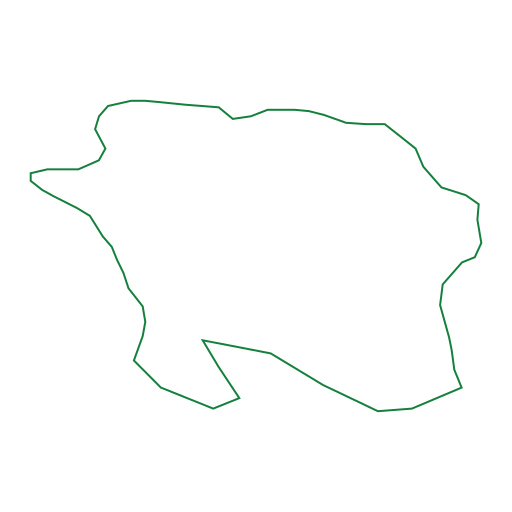 outline of Agios Ermolaos, Cyprus
{"feature_id": "46923920B200198305742", "entity_name": "Agios Ermolaos", "entity_type": "district", "adm_level": 2, "iso_a3": "CYP", "parent_name": "Cyprus", "parent_adm1": "", "projection": "albers", "projection_center": [33.172, 35.267], "detail": "fine", "context": "isolated", "style": "outline", "palette": "green", "viewbox_px": 512, "rotation_deg": 0, "n_neighbors": 0, "source": "geoboundaries", "source_scale": "gbopen_adm2", "svg_char_len": 883}
<svg xmlns="http://www.w3.org/2000/svg" viewBox="0 0 512 512"><path d="M411.9,408.6L461.6,387.6L454.3,369.7L451.7,350.3L449.1,337.4L440.1,305.1L442.7,284.4L462.0,262.4L474.8,257.2L481.3,243.0L477.4,219.7L478.7,204.2L465.8,195.2L441.4,187.4L423.3,166.7L415.6,148.6L402.7,138.3L384.7,124.1L365.4,124.1L346.1,122.8L324.2,115.0L308.8,111.1L294.6,109.8L281.7,109.8L267.6,109.8L250.8,116.3L232.8,118.9L218.7,107.3L185.2,104.7L159.5,102.1L145.3,100.8L131.1,100.8L108.0,106.0L99.0,116.3L95.1,129.2L105.4,148.6L98.9,160.3L78.4,169.3L60.3,169.3L47.5,169.3L30.7,173.2L30.7,180.9L42.3,190.0L53.9,196.4L77.1,208.1L89.9,215.9L102.8,236.5L111.8,246.9L117.0,259.8L123.4,272.8L128.5,288.3L142.7,306.4L145.3,321.9L142.7,336.1L133.9,360.5L160.9,387.6L213.2,408.6L239.3,398.1L218.4,366.6L202.7,340.3L270.7,353.4L323.0,385.0L377.9,411.2L411.9,408.6Z" fill="none" stroke="#15803d" stroke-width="2"/></svg>